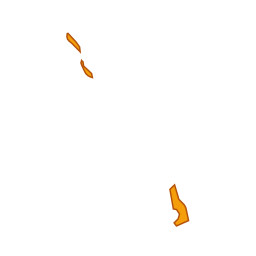 an SVG outline of Cayman Islands, rotated 254°
{"feature_id": "CYM", "entity_name": "Cayman Islands", "entity_type": "country or territory", "adm_level": 0, "iso_a3": "CYM", "parent_name": "North America", "parent_adm1": "", "projection": "mercator", "projection_center": [-80.432, 19.519], "detail": "fine", "context": "isolated", "style": "filled", "palette": "amber", "viewbox_px": 256, "rotation_deg": 254, "n_neighbors": 0, "source": "natural_earth", "source_scale": "50m", "svg_char_len": 586}
<svg xmlns="http://www.w3.org/2000/svg" viewBox="0 0 256 256"><g transform="rotate(254 128 128)"><path d="M26.8,151.1L31.0,153.8L36.2,152.2L37.7,149.3L57.5,151.4L60.5,157.1L45.4,157.2L38.6,160.9L35.3,161.6L22.3,160.7L20.5,147.6L24.1,146.2L26.8,151.1ZM225.1,101.7L219.2,103.8L214.5,103.0L225.0,97.3L227.7,95.4L230.0,94.4L232.5,94.4L235.5,95.6L235.5,96.4L225.1,101.7ZM205.2,102.2L203.9,103.0L199.8,102.4L190.4,108.0L186.3,107.7L187.6,105.7L189.5,103.9L191.8,102.5L193.8,102.0L200.4,100.9L203.5,100.7L205.7,102.0L205.2,102.2Z" fill="#f59e0b" stroke="#b45309" stroke-width="1.5"/></g></svg>